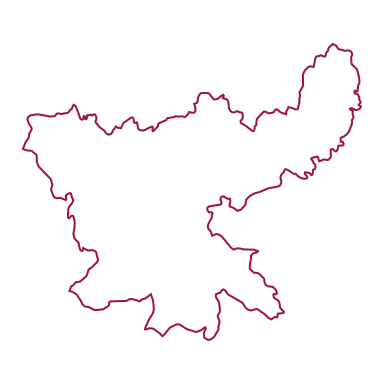 an SVG outline of Jharkhand
{"feature_id": "IND-3256", "entity_name": "Jharkhand", "entity_type": "State", "adm_level": 1, "iso_a3": "IND", "parent_name": "India", "parent_adm1": "", "projection": "natural_earth1", "projection_center": [85.779, 23.655], "detail": "fine", "context": "isolated", "style": "outline", "palette": "rose", "viewbox_px": 384, "rotation_deg": 0, "n_neighbors": 0, "source": "natural_earth", "source_scale": "10m", "svg_char_len": 5953}
<svg xmlns="http://www.w3.org/2000/svg" viewBox="0 0 384 384"><path d="M23.0,149.0L25.3,142.7L28.7,137.7L29.3,133.6L31.8,129.4L31.4,127.7L28.5,123.0L27.4,119.4L28.0,117.2L30.7,115.2L38.1,114.3L49.8,116.5L53.8,116.3L55.1,115.9L56.6,113.8L58.1,113.3L61.2,114.0L67.7,112.8L68.9,111.9L69.8,110.3L71.7,109.0L73.2,105.3L73.9,104.7L75.6,106.1L77.9,111.6L80.2,118.5L81.9,119.8L83.0,119.2L83.9,116.1L84.8,116.6L85.2,118.9L86.4,119.2L86.9,117.9L86.9,115.5L87.3,115.2L88.9,115.3L90.6,114.7L92.2,115.5L93.4,114.3L94.9,114.4L96.3,116.8L96.3,119.7L95.4,121.4L95.5,122.1L99.4,127.0L104.4,130.7L105.9,133.0L108.1,134.6L110.7,134.2L112.2,132.5L112.9,130.2L114.7,128.5L115.8,126.4L117.6,127.7L120.9,128.2L123.2,123.2L131.4,117.4L132.5,117.5L133.4,118.4L134.1,122.6L134.7,123.0L136.6,122.4L137.1,122.7L138.1,128.4L139.5,130.1L143.4,130.5L144.9,130.1L147.4,128.5L152.3,126.5L152.7,126.8L152.8,127.4L152.4,130.5L152.9,131.1L153.5,130.9L158.0,126.3L158.2,124.1L159.0,123.2L166.4,120.0L167.1,118.2L174.0,117.1L175.3,116.2L178.8,116.6L182.0,116.3L184.6,117.1L185.3,116.9L187.5,114.6L188.8,113.0L189.1,112.0L192.2,112.7L194.0,112.6L194.9,112.0L195.4,111.0L195.4,107.7L194.2,103.9L196.7,103.0L197.7,100.9L197.9,98.3L198.7,95.9L200.5,93.4L201.5,93.1L207.8,93.0L209.2,93.6L213.8,99.5L217.3,99.1L221.7,95.5L223.3,94.9L223.8,95.8L222.8,98.2L226.4,99.2L227.6,100.2L228.3,101.9L229.0,108.5L230.5,110.9L231.8,112.1L233.3,112.4L234.5,112.4L236.9,111.1L239.8,112.3L241.8,112.5L242.6,114.2L242.9,117.1L242.4,118.7L240.5,121.1L240.8,122.9L246.6,126.4L251.2,130.2L252.8,131.2L253.7,131.0L254.6,129.2L254.6,126.7L256.3,125.0L256.3,121.9L256.9,118.9L263.7,111.6L265.3,111.6L268.4,113.3L272.3,112.8L274.2,111.7L275.0,109.9L276.2,109.3L278.2,110.2L280.5,112.3L286.2,114.3L286.3,111.4L288.1,108.5L288.3,107.1L291.5,107.8L295.3,109.4L297.5,109.2L298.1,108.5L298.2,106.6L299.5,102.2L299.3,99.4L300.1,95.3L299.4,92.4L303.1,85.9L302.9,75.3L303.7,72.6L305.4,69.9L308.0,67.2L310.3,66.3L313.6,67.0L315.1,59.4L315.8,57.3L316.6,56.4L319.2,56.0L320.5,55.2L324.3,56.7L325.5,56.0L326.4,52.4L327.8,51.1L328.2,49.1L329.0,47.5L332.9,44.0L336.3,45.8L338.4,49.1L343.0,50.1L344.5,50.9L347.9,50.4L349.6,50.7L351.1,51.7L352.1,53.7L352.1,55.0L351.1,57.4L351.6,64.1L356.7,69.0L357.8,71.9L359.2,78.1L359.5,82.3L358.1,85.9L357.5,91.4L356.5,91.5L355.2,90.7L354.7,90.9L354.3,91.8L354.8,93.4L357.8,94.4L359.1,97.0L359.4,99.8L360.6,102.0L360.6,102.7L359.0,104.3L358.7,105.1L361.0,106.4L360.1,108.4L357.2,110.0L355.3,109.9L352.2,108.2L351.2,108.1L349.9,108.8L350.6,109.9L352.8,110.9L352.6,114.1L353.6,117.0L351.9,120.3L352.1,122.8L351.8,124.2L348.8,131.7L347.8,133.2L345.7,135.1L343.8,136.6L341.2,137.5L340.6,138.3L340.7,141.7L342.3,141.6L342.8,142.0L343.6,143.7L343.5,144.9L342.7,145.5L338.5,145.6L337.6,149.3L336.8,151.0L336.2,151.5L335.3,151.3L332.8,149.1L331.3,149.2L330.7,149.7L330.9,156.5L330.7,157.3L328.4,159.7L327.6,160.0L323.9,159.4L319.5,161.3L318.8,160.8L318.3,157.7L317.4,156.5L311.9,157.9L311.2,159.0L313.1,161.4L313.5,163.1L315.0,164.4L315.6,166.7L314.9,168.9L313.1,169.8L312.4,174.7L311.2,175.1L309.7,173.1L305.2,172.2L304.7,173.2L304.9,173.9L306.6,175.8L307.2,177.1L306.9,178.3L304.3,178.9L300.4,177.8L297.3,175.7L295.7,173.9L293.0,173.5L287.6,169.8L285.4,169.1L284.5,170.1L283.8,172.2L281.7,174.2L280.8,175.9L280.4,178.1L281.4,181.2L281.0,183.6L279.7,185.8L277.0,186.7L268.3,188.3L260.6,191.6L254.4,193.5L250.8,195.4L248.6,197.1L246.2,199.8L245.3,205.0L240.6,209.9L237.3,210.8L234.1,208.2L229.8,206.5L229.4,205.7L230.4,200.6L230.0,198.8L227.7,198.8L223.3,196.3L221.5,196.8L220.5,198.2L220.5,199.4L221.6,203.2L220.7,204.5L209.2,206.4L207.4,207.6L207.3,209.9L208.6,212.0L209.0,212.4L211.4,212.2L212.6,213.2L211.9,215.4L211.5,218.5L208.8,222.9L208.0,225.0L207.8,227.0L208.4,228.8L210.8,231.4L212.1,235.7L216.1,234.1L219.1,234.6L220.5,235.5L221.9,236.6L231.0,247.6L233.6,249.6L236.6,248.4L239.8,248.4L243.7,249.4L253.9,249.7L258.0,251.2L257.2,252.2L253.2,253.3L250.9,255.8L251.2,258.5L250.3,261.4L249.7,267.9L250.1,269.2L254.0,272.7L257.5,272.9L259.4,274.1L264.0,278.4L264.6,282.7L265.9,285.2L268.0,286.3L272.6,286.8L275.5,289.3L276.7,292.1L276.9,293.4L276.3,294.2L273.7,294.0L273.4,295.1L273.8,297.2L274.7,298.3L278.0,300.4L279.2,301.9L280.2,307.9L283.9,312.0L283.6,312.7L282.5,313.2L277.9,313.6L277.6,314.2L277.5,316.9L277.1,317.4L274.7,316.9L271.5,319.4L268.5,318.0L265.2,314.6L257.4,309.1L255.5,309.1L252.7,310.1L250.3,310.4L247.7,309.5L245.2,307.2L243.1,303.6L242.0,302.5L228.0,294.4L225.2,290.4L223.4,289.4L222.0,290.2L220.2,292.8L217.9,293.3L215.8,294.5L216.0,297.3L219.1,302.4L219.9,309.1L219.7,312.1L217.8,315.4L217.8,317.1L219.4,320.9L219.6,322.2L218.4,326.9L218.5,329.5L214.2,336.8L211.3,339.1L208.1,340.0L204.4,337.7L204.1,336.8L204.0,332.4L205.6,329.4L205.7,328.4L205.0,327.3L201.6,329.8L196.5,332.1L187.0,329.2L179.4,324.4L176.5,324.4L170.1,327.5L163.3,335.6L162.4,336.2L159.9,333.5L153.3,328.7L149.7,328.1L146.2,329.4L145.0,329.3L145.4,327.5L149.0,319.6L153.0,313.1L153.8,309.4L153.5,303.9L152.6,299.2L150.9,294.2L145.1,298.7L141.9,299.3L140.2,301.1L139.2,301.4L137.0,300.3L131.2,298.9L128.8,299.3L128.0,300.2L126.2,300.9L110.1,301.4L109.2,302.4L109.1,304.7L108.6,305.8L102.9,309.4L94.8,310.1L88.8,307.1L84.9,306.5L82.6,304.5L80.9,300.9L76.7,294.5L72.2,291.7L69.5,291.0L71.1,286.5L73.1,285.3L75.9,282.1L80.0,281.7L85.9,276.6L86.8,275.3L88.7,269.4L91.1,267.9L96.8,262.4L98.0,260.3L98.0,259.3L96.5,254.5L96.4,252.8L95.5,251.4L92.8,250.1L87.9,250.5L83.1,248.0L82.6,250.7L81.6,250.9L80.7,250.5L79.8,249.0L78.5,242.6L75.2,239.2L74.0,237.2L73.4,233.5L74.2,229.7L74.8,222.7L74.0,218.3L73.1,216.2L72.3,215.7L71.3,215.9L69.0,218.3L68.3,218.0L67.8,216.2L68.4,208.0L72.3,202.7L73.1,201.0L73.1,199.8L71.8,197.0L71.0,193.5L69.7,193.1L66.3,194.8L65.9,196.0L66.3,199.0L65.8,200.1L60.5,197.9L56.3,198.2L54.3,197.2L53.0,194.9L51.3,190.2L51.2,188.7L52.4,184.6L50.7,179.1L39.2,167.1L38.0,165.3L36.8,161.5L36.8,156.8L36.4,154.8L31.5,150.8L27.0,150.4L23.0,149.0Z" fill="none" stroke="#9f1239" stroke-width="2"/></svg>